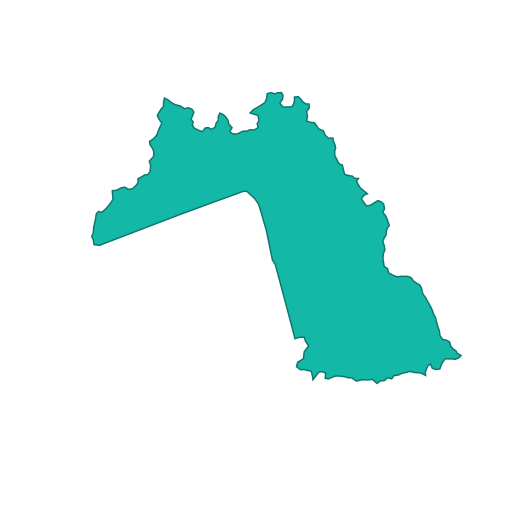 the district of Água Doce do Norte, Espírito Santo, Brazil, rotated 334°
{"feature_id": "56859067B20048204764079", "entity_name": "Água Doce do Norte", "entity_type": "district", "adm_level": 2, "iso_a3": "BRA", "parent_name": "Brazil", "parent_adm1": "Espírito Santo", "projection": "mercator", "projection_center": [-40.991, -18.518], "detail": "fine", "context": "isolated", "style": "filled", "palette": "teal", "viewbox_px": 512, "rotation_deg": 334, "n_neighbors": 0, "source": "geoboundaries", "source_scale": "gbopen_adm2", "svg_char_len": 3394}
<svg xmlns="http://www.w3.org/2000/svg" viewBox="0 0 512 512"><g transform="rotate(334 256 256)"><path d="M115.4,174.8L119.9,177.8L124.3,178.1L208.5,185.6L217.1,186.5L224.5,187.3L233.2,188.1L273.7,192.4L276.3,194.2L280.1,204.2L281.0,210.8L279.4,221.1L276.4,238.1L269.0,266.8L269.6,272.2L266.5,288.3L256.2,340.6L254.8,347.5L258.8,347.9L263.7,350.0L263.1,354.6L264.0,359.7L257.3,363.3L253.6,369.2L246.9,369.7L243.9,373.2L246.0,377.6L249.7,379.3L255.1,383.9L254.0,389.1L253.0,392.2L261.2,388.0L264.3,388.6L267.3,391.9L264.6,396.2L267.1,398.2L273.5,398.5L276.5,399.4L282.4,403.1L285.5,405.8L288.6,407.5L291.4,412.4L297.5,413.9L301.9,416.3L306.6,418.0L308.9,423.6L313.2,422.8L316.7,424.3L321.1,423.1L324.1,425.9L327.5,424.0L331.9,425.4L336.1,425.4L340.1,426.6L343.4,427.0L348.1,430.7L352.6,433.1L356.1,437.7L357.3,434.7L359.9,432.0L362.4,430.0L365.5,429.7L365.2,434.1L367.9,436.9L371.8,438.1L375.3,434.6L378.3,432.6L381.1,431.3L384.3,433.1L387.0,434.3L389.4,436.1L393.4,436.5L396.6,435.4L394.4,431.8L394.0,428.6L392.4,426.0L391.5,422.2L392.4,418.3L390.3,415.2L387.1,412.8L386.5,408.0L388.0,403.6L388.4,399.6L389.4,394.3L390.3,390.1L390.1,385.5L390.7,382.4L390.7,377.7L390.4,372.8L390.1,367.4L389.4,363.2L390.0,360.0L390.7,357.1L390.4,353.8L388.6,351.1L386.7,347.9L385.9,343.4L383.3,340.7L377.5,337.9L373.6,336.5L370.5,333.1L367.8,329.3L368.7,325.0L366.6,321.4L367.9,317.5L369.1,313.6L371.4,309.9L374.6,306.8L375.8,302.7L376.3,298.5L379.0,296.1L382.0,294.3L383.9,291.0L386.3,288.4L389.2,287.1L389.7,282.8L390.1,279.7L390.0,275.9L389.0,272.5L392.3,269.7L393.5,265.2L392.1,262.0L389.8,259.6L384.3,260.2L380.7,260.5L377.2,259.4L376.4,254.6L375.8,250.7L379.7,248.7L383.4,248.9L381.4,244.6L379.6,240.7L378.9,233.1L382.0,231.2L378.6,229.4L377.6,226.5L374.7,224.4L371.4,221.6L372.5,216.1L373.5,212.1L371.1,209.5L371.0,204.5L370.8,200.4L372.5,196.5L375.0,193.7L375.8,190.1L375.9,186.6L376.9,183.7L372.7,181.9L371.1,177.6L371.5,173.2L368.0,169.1L367.5,165.2L367.0,161.9L363.5,159.7L360.5,156.9L363.6,152.9L364.7,148.3L368.7,146.4L370.3,142.7L367.5,141.2L365.6,137.7L364.9,134.3L363.8,131.3L360.2,130.0L358.8,133.1L356.6,135.8L353.6,137.6L349.6,135.8L345.6,134.0L344.5,128.9L348.4,126.9L350.7,123.5L350.5,120.2L346.7,118.7L343.7,118.4L341.3,115.8L337.2,115.0L334.7,119.0L331.4,121.9L328.0,122.5L322.6,123.0L318.0,123.3L313.4,124.8L315.7,127.1L319.4,130.5L317.9,135.8L315.1,137.5L314.3,141.5L309.6,142.0L306.0,139.9L302.8,139.8L299.0,138.1L292.4,138.1L288.4,135.8L287.1,132.5L290.7,130.2L289.4,125.6L290.3,121.4L289.7,117.6L288.6,114.6L286.2,111.7L283.2,114.1L281.6,117.4L278.5,119.1L275.4,122.5L271.3,122.6L269.4,119.6L266.5,118.7L262.3,120.7L258.7,117.0L256.5,113.5L256.2,110.4L258.3,108.1L257.6,104.6L260.9,101.8L263.2,99.5L262.9,96.2L260.2,93.1L256.3,92.2L254.1,88.4L249.4,84.2L246.9,80.5L245.3,77.0L243.0,73.9L240.3,77.2L238.8,80.7L235.1,82.4L231.3,84.7L228.8,86.6L228.8,90.3L229.6,95.3L225.7,98.4L222.3,101.4L219.9,103.8L215.6,105.6L210.5,106.4L209.5,109.7L210.2,113.8L209.8,117.7L207.3,122.0L204.4,122.8L201.6,124.1L201.0,128.4L197.9,133.5L194.5,135.5L191.5,134.3L187.7,134.7L183.7,134.9L182.2,138.4L178.6,140.2L174.3,141.5L170.3,139.9L168.3,136.6L164.4,135.6L159.4,135.8L155.5,134.3L153.9,138.1L152.5,142.2L149.0,144.4L142.8,147.4L136.5,149.2L133.9,146.9L130.9,148.2L127.2,153.5L122.7,159.0L120.0,163.7L116.9,166.5L116.9,169.9L115.4,174.8Z" fill="#14b8a6" stroke="#0f766e" stroke-width="1.5"/></g></svg>